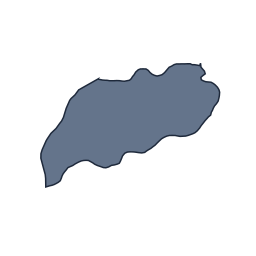 II-2 Somerset And Berks, Pomeroon-Supenaam, Guyana (Mercator projection), rotated 211°
{"feature_id": "73187651B32807906119363", "entity_name": "II-2 Somerset And Berks", "entity_type": "district", "adm_level": 2, "iso_a3": "GUY", "parent_name": "Guyana", "parent_adm1": "Pomeroon-Supenaam", "projection": "mercator", "projection_center": [-58.72, 7.1], "detail": "fine", "context": "isolated", "style": "filled", "palette": "slate", "viewbox_px": 256, "rotation_deg": 211, "n_neighbors": 0, "source": "geoboundaries", "source_scale": "gbopen_adm2", "svg_char_len": 2014}
<svg xmlns="http://www.w3.org/2000/svg" viewBox="0 0 256 256"><g transform="rotate(211 128 128)"><path d="M179.0,154.4L179.0,154.5L189.9,135.3L190.5,129.0L192.0,123.9L192.2,121.6L191.1,113.0L188.8,103.8L188.7,102.2L188.5,99.8L188.9,97.0L189.4,90.6L191.3,83.7L191.6,77.4L191.6,74.9L190.4,65.3L189.4,61.2L187.1,57.2L179.9,50.2L175.0,45.5L172.6,42.3L168.1,35.1L165.4,38.1L163.6,39.8L162.2,41.5L161.0,43.4L159.8,45.5L158.9,47.9L159.3,50.7L159.8,52.8L160.0,55.2L159.8,57.6L159.4,60.0L159.1,63.1L157.7,65.1L156.1,67.3L154.7,70.2L152.9,73.2L151.0,75.8L149.2,77.4L147.3,78.7L145.2,79.8L143.0,79.9L140.5,80.0L137.9,79.8L134.9,80.1L131.8,80.8L128.7,81.4L126.5,82.5L124.6,84.6L122.9,87.5L120.7,89.3L118.6,91.5L117.3,93.3L117.4,95.5L117.8,98.4L118.3,101.3L117.8,104.7L116.2,107.0L114.0,108.6L111.4,110.1L109.1,111.2L106.4,112.3L103.4,113.7L101.1,115.7L100.3,117.8L99.3,119.8L97.9,122.3L97.0,124.8L96.0,127.1L95.3,130.1L94.6,132.8L93.7,136.0L92.4,138.4L90.7,140.9L88.7,142.9L86.1,144.5L83.7,145.9L81.5,146.7L79.1,147.6L74.4,150.8L72.5,152.8L71.1,154.5L69.6,156.3L68.2,158.4L67.2,161.2L66.6,164.8L66.5,167.9L66.1,170.8L65.7,174.1L65.2,176.6L64.8,179.0L63.8,181.6L64.7,184.5L64.7,186.5L65.1,189.0L65.2,191.5L64.7,194.4L64.6,197.6L65.6,200.8L66.4,202.9L67.9,205.9L69.7,207.6L72.3,209.0L75.3,209.8L77.6,210.1L80.4,210.0L83.1,208.7L85.2,207.7L87.7,207.2L90.0,207.1L91.6,208.9L90.9,211.3L89.7,214.2L91.8,216.1L94.3,216.9L96.7,217.7L98.2,219.6L99.2,220.9L98.7,218.4L101.2,217.5L103.6,216.5L105.6,215.3L107.8,215.1L110.1,213.7L112.5,212.1L114.9,210.7L117.2,209.2L119.4,207.9L121.1,206.1L122.6,203.3L124.0,201.3L124.4,199.0L124.8,196.6L125.2,194.2L126.3,191.2L128.0,189.3L129.9,187.5L132.3,186.8L134.9,186.5L137.7,186.9L140.3,187.8L142.9,187.9L145.4,186.5L147.8,185.0L149.2,183.2L150.2,179.9L150.2,176.7L150.6,174.4L150.6,172.0L151.3,169.7L155.2,166.2L157.2,165.2L159.6,164.2L162.0,162.9L163.9,161.6L166.0,160.3L168.2,159.0L170.3,158.2L172.3,157.1L174.5,156.0L179.0,154.4Z" fill="#64748b" stroke="#1e293b" stroke-width="1.5"/></g></svg>